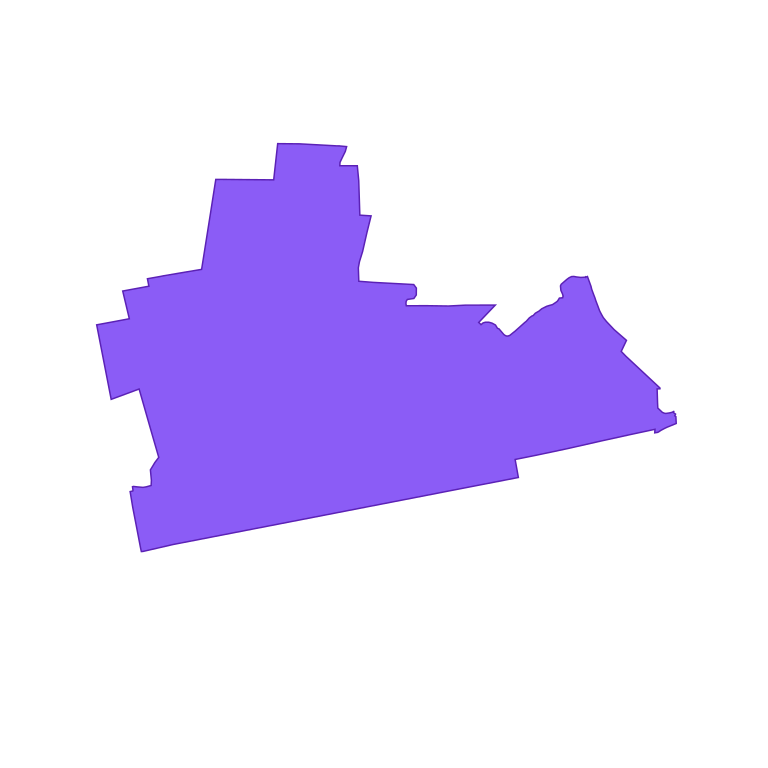 Troianul, Teleorman, Romania (orthographic projection), rotated 104°
{"feature_id": "2599482B81423793179318", "entity_name": "Troianul", "entity_type": "district", "adm_level": 2, "iso_a3": "ROU", "parent_name": "Romania", "parent_adm1": "Teleorman", "projection": "orthographic", "projection_center": [24.994, 44.017], "detail": "fine", "context": "isolated", "style": "filled", "palette": "violet", "viewbox_px": 768, "rotation_deg": 104, "n_neighbors": 0, "source": "geoboundaries", "source_scale": "gbopen_adm2", "svg_char_len": 2394}
<svg xmlns="http://www.w3.org/2000/svg" viewBox="0 0 768 768"><g transform="rotate(104 384 384)"><path d="M396.1,677.1L464.9,645.0L448.1,620.4L485.9,598.6L509.7,584.8L515.5,587.3L521.7,589.2L523.8,589.9L533.7,586.4L538.8,585.4L541.3,589.8L542.6,592.8L543.5,598.4L544.0,602.3L544.5,603.2L547.7,601.9L548.6,601.9L549.8,604.3L564.6,597.9L584.8,588.5L602.3,580.4L604.7,579.2L605.3,578.9L604.8,577.4L590.8,549.9L442.2,231.0L425.5,238.5L416.5,219.5L402.1,189.9L386.8,159.6L373.6,133.0L362.4,110.1L365.9,109.5L364.7,106.7L364.0,105.9L361.9,104.0L359.2,101.0L357.3,98.7L356.6,97.7L351.6,90.9L345.0,92.9L344.5,94.2L342.7,93.8L341.4,96.9L340.1,95.7L341.8,97.7L343.0,100.0L344.4,103.5L344.5,105.0L344.2,107.0L341.1,112.5L335.8,114.1L322.7,117.8L321.9,115.1L321.2,115.2L298.6,155.9L295.0,161.7L283.0,159.3L275.6,173.8L269.6,183.2L266.5,187.3L264.6,189.1L264.3,189.4L262.3,191.2L260.8,192.5L256.4,195.5L252.1,198.5L249.2,200.3L246.8,202.0L241.8,205.4L239.1,206.8L230.5,212.6L231.1,213.3L231.1,213.5L231.1,214.2L231.4,214.2L231.8,214.2L231.7,214.8L232.2,216.3L233.0,218.9L233.6,223.5L233.6,224.1L233.7,225.8L234.4,228.0L236.1,230.1L238.4,232.0L244.4,236.2L246.1,236.5L246.7,236.3L250.2,235.1L250.8,234.7L253.7,232.4L254.6,232.0L255.0,231.6L256.0,231.4L256.3,231.6L257.1,231.5L258.2,234.6L261.3,235.6L262.3,236.2L266.2,239.7L267.7,242.4L269.2,244.9L272.7,249.0L274.4,250.3L275.7,251.2L278.7,254.3L281.5,255.8L282.2,256.9L284.0,258.4L284.7,259.0L286.6,260.0L288.7,261.1L290.4,262.4L301.3,269.8L302.8,271.0L306.3,273.6L307.0,274.6L307.5,275.4L307.8,276.7L307.6,278.2L307.3,278.9L307.0,279.7L302.7,285.7L302.5,287.4L299.8,290.1L298.8,293.9L298.7,297.3L299.0,298.4L299.3,299.7L299.6,300.7L300.8,302.7L302.9,304.2L302.8,304.3L301.4,307.0L280.5,295.1L287.8,324.1L292.7,340.2L297.8,362.0L302.7,381.3L300.6,382.2L298.3,382.5L296.3,381.8L293.8,375.7L289.8,374.2L283.1,375.8L280.3,379.2L288.0,419.0L290.4,433.3L277.5,437.0L271.3,437.4L260.6,436.8L240.8,437.2L224.0,437.2L226.0,448.3L192.8,457.7L178.7,462.7L182.9,479.7L179.6,480.3L174.6,479.3L167.7,477.8L162.7,477.7L163.7,484.3L163.7,484.6L164.6,488.4L164.6,488.7L165.3,492.3L171.4,524.0L176.5,545.3L207.6,541.1L212.6,540.4L224.8,591.2L225.5,593.9L226.2,596.7L245.4,595.0L259.8,593.7L316.9,588.7L323.6,604.1L332.3,624.0L333.6,626.7L339.1,639.0L346.0,635.8L357.0,660.0L382.3,646.9L390.6,665.0L396.1,677.1Z" fill="#8b5cf6" stroke="#5b21b6" stroke-width="1.5"/></g></svg>